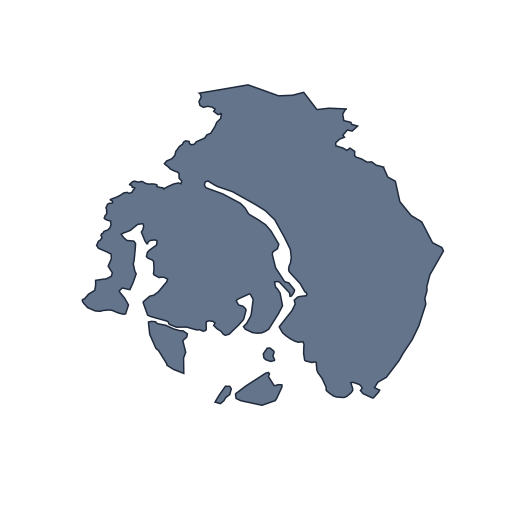 the district of Ketchikan Gateway, United States of America, rotated 341°
{"feature_id": "52423323B88813000222889", "entity_name": "Ketchikan Gateway", "entity_type": "district", "adm_level": 2, "iso_a3": "USA", "parent_name": "United States of America", "parent_adm1": "", "projection": "robinson", "projection_center": [-131.311, 55.562], "detail": "fine", "context": "isolated", "style": "filled", "palette": "slate", "viewbox_px": 512, "rotation_deg": 341, "n_neighbors": 0, "source": "geoboundaries", "source_scale": "gbopen_adm2", "svg_char_len": 5828}
<svg xmlns="http://www.w3.org/2000/svg" viewBox="0 0 512 512"><g transform="rotate(341 256 256)"><path d="M77.7,240.7L77.1,242.2L77.6,244.4L80.0,250.0L85.6,255.2L86.7,255.9L90.9,257.6L93.5,257.7L99.6,259.2L102.3,260.6L107.0,264.8L111.5,267.8L113.8,268.3L119.5,260.8L118.1,253.2L115.4,245.8L115.3,244.5L119.1,242.7L125.8,246.8L131.0,241.3L136.9,233.9L136.5,231.0L137.4,223.4L139.2,220.8L144.8,208.5L146.2,204.8L145.3,202.1L139.0,199.3L136.8,195.4L135.7,191.5L137.2,191.2L145.4,190.9L154.4,187.6L159.3,188.5L159.7,189.2L159.4,191.5L157.4,194.5L155.4,196.0L155.9,205.5L156.8,208.9L157.5,209.1L158.1,208.1L159.0,207.4L161.1,206.9L165.1,207.7L167.2,209.0L167.2,209.9L165.7,213.2L156.8,215.9L154.5,217.2L152.2,220.9L153.3,223.0L156.5,225.9L157.4,227.8L155.6,234.2L154.4,237.3L153.3,239.2L153.3,240.3L153.6,240.9L157.3,244.8L160.3,245.4L162.1,246.2L164.9,249.1L163.2,251.3L152.2,258.0L146.8,259.8L142.4,259.4L134.7,262.5L134.1,263.4L134.3,276.7L136.8,279.0L150.7,288.6L151.5,289.8L151.6,291.9L152.2,292.8L157.6,297.4L167.2,300.6L175.9,306.6L178.8,307.4L181.5,309.9L183.6,310.1L185.0,309.5L187.1,302.9L187.9,302.0L190.5,302.0L194.0,303.8L195.5,306.0L193.4,307.9L195.4,312.0L198.4,315.8L199.5,319.1L201.0,320.9L201.6,321.0L205.1,321.2L217.3,315.5L223.1,312.3L224.1,311.3L228.9,304.1L229.0,302.5L227.4,299.3L223.7,296.7L222.8,292.6L222.9,291.5L226.1,290.7L237.3,289.7L238.1,290.1L239.0,294.7L239.1,296.3L232.8,309.0L231.3,311.2L225.2,316.7L221.2,318.7L222.1,321.8L227.6,327.2L232.0,329.4L236.0,330.5L239.6,330.4L244.1,329.4L258.3,318.0L264.9,311.7L266.7,298.8L265.5,294.1L265.0,292.9L264.4,292.4L264.6,289.6L265.2,286.5L268.5,287.3L269.8,288.6L275.7,301.9L275.0,305.2L276.4,305.4L278.5,304.0L280.6,302.1L281.4,300.6L278.3,292.1L274.7,289.6L270.7,273.5L271.9,259.8L273.2,257.6L278.6,256.2L281.4,252.3L278.3,237.2L275.2,229.5L269.9,222.4L263.1,214.4L262.7,213.6L261.2,206.9L258.4,201.1L244.6,186.3L231.0,175.3L230.3,173.1L230.7,171.5L231.7,169.8L232.8,169.4L235.0,169.4L239.7,175.1L242.2,177.8L254.6,187.4L272.1,207.0L279.5,216.1L285.5,227.8L289.0,247.8L290.6,261.0L288.9,268.8L286.2,274.0L284.2,276.0L282.6,278.9L282.2,281.1L282.6,282.4L288.8,296.6L290.5,305.7L291.6,306.7L291.6,308.9L290.6,309.9L284.4,308.6L282.0,308.4L277.7,310.3L277.5,314.1L272.3,319.3L255.0,330.4L254.9,330.7L255.9,336.4L256.2,337.4L257.6,339.9L258.6,341.5L261.6,345.6L265.2,349.4L267.9,351.3L272.5,352.4L272.6,355.6L272.1,356.3L269.3,363.6L268.1,370.4L268.8,371.4L274.1,374.9L277.5,375.4L278.3,376.3L276.4,383.5L276.6,386.6L278.6,393.3L279.6,402.7L278.6,406.0L281.0,410.0L283.7,413.6L286.0,415.4L291.6,417.9L293.6,418.5L296.5,418.2L301.3,416.3L303.7,414.6L304.3,412.5L304.4,406.6L306.7,407.1L311.7,411.0L312.7,412.5L313.4,415.1L313.2,415.7L310.9,417.2L312.5,421.1L319.8,428.1L320.9,428.4L327.6,424.6L329.3,423.1L325.2,419.1L330.1,415.0L339.8,413.1L357.4,401.3L363.2,396.1L376.5,385.9L387.2,375.1L400.9,356.8L401.9,351.0L406.5,344.3L407.5,340.6L414.3,330.4L434.9,312.3L434.5,308.5L427.2,300.9L423.8,277.7L415.9,268.3L409.7,251.4L412.1,230.7L406.3,224.2L405.4,213.7L405.6,213.5L399.0,209.1L396.1,204.7L391.7,203.5L387.3,198.5L382.9,195.2L381.9,193.2L383.4,189.2L380.0,184.6L376.3,185.7L373.7,182.5L367.4,177.8L368.2,174.9L373.2,172.7L378.3,172.5L377.5,170.1L383.3,166.6L387.6,169.2L394.4,166.2L389.4,162.8L389.2,160.5L383.1,156.6L384.2,150.0L388.3,146.5L389.8,146.6L373.1,140.0L361.3,137.4L354.4,116.8L342.8,115.9L329.5,111.9L304.2,91.6L255.5,83.6L255.9,84.1L256.0,87.8L252.4,91.3L252.0,95.2L254.6,98.3L258.9,98.7L262.8,100.8L265.3,103.9L263.1,105.4L265.5,109.1L266.2,110.0L268.5,110.1L269.1,109.8L269.6,110.6L269.0,111.3L267.4,114.5L262.3,116.9L259.5,120.1L253.2,125.2L248.8,125.5L245.9,127.8L236.8,128.5L234.0,130.3L230.7,129.6L229.8,127.8L230.0,125.9L227.0,124.2L224.6,124.7L223.1,126.3L219.2,127.5L216.5,129.5L214.3,130.9L212.0,134.5L207.9,136.7L202.5,137.0L199.4,138.9L200.6,141.0L201.7,142.5L203.4,146.0L207.0,149.5L208.9,150.9L210.1,152.8L209.6,154.2L208.6,157.6L210.2,160.7L208.6,163.3L206.2,161.6L201.4,161.1L196.2,161.6L193.1,162.0L190.4,162.6L190.1,161.1L187.4,159.9L184.9,158.0L185.5,156.5L183.2,154.8L180.8,153.9L177.7,153.0L175.1,151.3L173.6,149.5L172.4,148.3L168.5,147.8L165.7,145.7L163.6,145.5L161.2,146.5L159.9,147.1L159.7,147.4L160.1,148.0L160.8,148.1L161.6,149.5L161.3,150.8L163.5,151.9L162.8,153.2L161.3,153.7L159.4,155.5L156.2,155.4L154.9,153.9L151.7,153.3L147.6,154.4L142.6,155.0L139.7,155.0L138.0,155.1L136.7,155.1L136.6,155.7L138.1,157.3L138.0,158.5L136.8,159.3L135.8,158.8L134.3,158.4L132.2,158.8L131.6,160.0L130.1,161.0L129.8,162.2L129.9,163.7L129.2,165.5L128.9,166.8L128.2,167.9L126.7,168.5L124.8,170.7L125.5,172.3L127.6,174.1L129.9,175.7L129.5,177.3L129.1,179.2L127.1,181.7L124.3,183.2L122.0,183.1L119.9,183.4L119.2,184.4L117.2,184.8L116.1,186.0L116.4,188.5L114.1,190.2L111.9,190.7L108.7,194.1L109.6,197.5L115.4,202.7L119.6,207.0L118.4,211.4L112.9,217.5L114.7,225.2L112.5,228.1L106.7,228.9L104.2,228.2L96.4,226.8L94.8,231.6L92.3,236.0L85.3,237.5L80.1,240.6L77.7,240.7ZM130.0,295.5L131.3,310.8L133.1,313.8L136.6,329.2L136.2,329.9L136.4,330.6L141.3,336.6L149.5,343.5L154.3,328.9L158.2,324.1L159.2,312.2L164.1,310.1L165.8,307.3L162.7,303.0L159.7,301.8L154.8,298.5L147.8,291.9L141.6,288.4L140.2,287.2L139.8,285.7L139.5,285.4L136.0,283.8L132.9,283.4L132.6,284.0L130.0,295.5ZM191.6,380.0L190.8,384.2L194.4,387.8L213.1,399.1L227.1,399.0L229.1,397.5L237.8,388.4L238.5,386.7L238.6,386.4L238.1,386.0L234.9,384.8L232.5,384.9L230.9,384.3L228.5,374.0L230.4,371.8L229.9,370.2L227.1,369.9L204.0,375.6L192.2,379.5L191.6,380.0ZM169.7,380.8L174.2,384.0L178.5,382.4L181.2,380.1L186.1,378.4L189.4,373.6L188.7,370.6L184.7,369.2L175.7,375.7L169.7,380.8ZM231.1,350.8L230.3,354.8L231.3,357.1L235.6,360.5L239.4,360.8L239.8,360.0L239.4,356.0L241.7,353.0L241.9,351.8L239.3,347.6L236.6,346.8L231.1,350.8Z" fill="#64748b" stroke="#1e293b" stroke-width="1.5"/></g></svg>